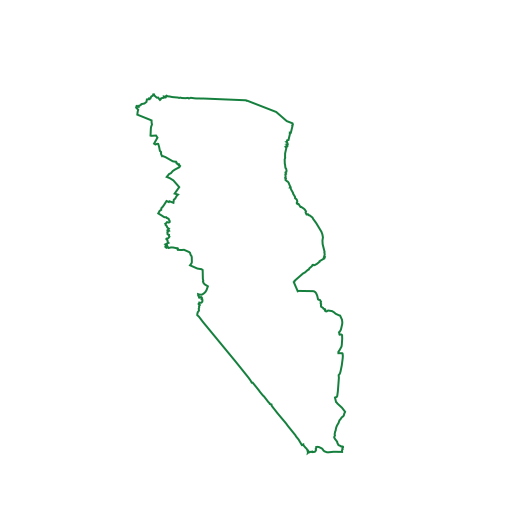 the district of Mueang Samut Songkhram, Samut Songkhram, Thailand, rotated 306°
{"feature_id": "78962969B53970702814040", "entity_name": "Mueang Samut Songkhram", "entity_type": "district", "adm_level": 2, "iso_a3": "THA", "parent_name": "Thailand", "parent_adm1": "Samut Songkhram", "projection": "mercator", "projection_center": [99.999, 13.396], "detail": "fine", "context": "isolated", "style": "outline", "palette": "green", "viewbox_px": 512, "rotation_deg": 306, "n_neighbors": 0, "source": "geoboundaries", "source_scale": "gbopen_adm2", "svg_char_len": 6114}
<svg xmlns="http://www.w3.org/2000/svg" viewBox="0 0 512 512"><g transform="rotate(306 256 256)"><path d="M148.1,440.8L149.5,439.7L150.6,439.7L151.2,438.9L152.3,438.9L152.8,438.5L152.8,438.1L151.9,436.7L152.0,436.1L151.5,433.9L152.7,431.5L153.4,430.9L154.4,427.5L155.0,426.2L155.4,425.7L157.3,425.3L158.0,424.4L160.3,423.3L161.6,423.0L164.1,421.8L166.3,421.2L169.5,420.9L172.2,420.1L173.6,420.3L175.8,420.2L177.3,420.7L178.5,420.8L180.5,420.0L182.3,419.7L183.8,414.7L184.5,408.5L184.9,407.4L184.9,406.6L187.9,403.1L189.4,404.1L190.5,404.0L194.6,401.8L206.1,394.7L208.2,392.9L210.1,393.0L212.4,392.2L218.1,389.6L224.3,386.2L226.2,385.0L228.0,383.3L228.0,382.8L225.8,379.8L226.8,379.0L229.2,378.9L233.0,378.4L234.6,377.6L239.7,374.4L242.4,372.3L242.7,371.8L242.6,371.1L241.5,369.9L241.9,369.2L242.9,368.5L243.1,368.0L244.7,368.2L246.5,367.9L251.5,365.8L253.1,364.8L255.0,363.0L257.2,359.1L256.7,357.6L256.1,354.4L256.3,352.0L256.1,349.9L254.3,346.4L252.7,345.7L252.3,345.1L252.3,343.9L253.2,343.7L253.5,343.1L253.0,341.7L253.4,340.7L253.3,338.4L254.8,337.1L255.4,337.0L255.9,335.9L257.2,335.5L258.0,333.4L257.4,332.3L257.4,331.7L259.9,328.8L261.2,326.6L261.6,325.2L261.5,323.6L260.8,322.4L252.8,311.0L252.0,310.5L257.1,301.9L258.0,302.2L258.5,301.8L269.5,304.3L271.5,305.3L275.3,306.1L275.8,306.6L276.5,306.6L277.3,306.4L280.6,307.2L281.9,307.0L282.4,307.3L282.5,308.2L283.1,308.8L285.4,309.9L288.7,310.8L289.0,310.5L289.7,310.7L293.1,312.2L293.9,312.0L294.2,312.7L295.7,312.3L295.5,311.5L297.6,310.7L299.2,309.1L299.6,309.1L304.7,303.0L307.5,300.7L310.4,299.2L312.5,297.0L314.1,294.6L318.0,285.4L319.6,280.4L320.3,279.1L320.4,275.4L319.9,274.5L320.3,273.4L319.3,272.5L320.3,270.6L321.5,270.2L321.5,269.9L322.1,268.7L322.4,267.3L322.3,263.7L321.8,263.2L323.1,259.8L322.6,259.4L322.8,258.7L322.5,258.2L323.0,257.7L324.5,257.3L325.3,256.2L325.7,255.4L325.7,253.7L326.8,252.8L328.2,249.4L328.7,249.1L330.4,245.4L331.1,244.3L331.8,243.8L331.5,243.3L332.0,243.3L334.5,239.2L334.8,238.2L334.7,236.8L334.9,235.1L336.4,234.6L336.5,234.2L336.3,233.8L336.6,233.5L337.3,233.5L337.8,233.2L339.1,231.9L340.1,232.1L340.6,230.9L341.1,230.7L341.9,231.1L342.9,230.6L344.3,229.1L344.6,228.0L347.3,225.5L347.4,225.2L351.0,222.4L352.6,221.9L352.9,221.5L356.2,219.2L361.3,217.0L361.7,215.6L362.1,215.7L363.1,216.9L363.3,216.9L363.7,216.6L363.6,216.3L363.7,216.0L364.7,216.0L364.6,215.4L365.0,215.7L365.4,215.6L366.2,214.5L366.2,213.6L366.5,213.8L367.9,213.2L368.9,214.1L374.5,211.8L375.1,211.2L375.4,211.4L375.6,211.2L375.7,211.7L376.0,211.8L382.4,209.2L382.8,208.6L383.2,208.5L383.5,208.7L384.1,208.5L384.8,207.5L383.2,201.6L384.4,187.7L377.3,160.7L376.5,157.7L376.0,157.1L376.1,156.4L353.3,122.1L347.9,114.4L345.6,110.2L344.0,109.1L343.9,108.0L342.3,106.3L340.2,103.1L339.6,101.6L338.7,100.9L338.3,99.7L335.4,94.9L334.1,92.0L333.3,90.8L333.1,89.3L332.8,89.2L331.8,89.7L331.1,89.7L330.8,89.3L331.2,88.4L330.9,87.7L330.3,88.3L329.6,88.2L329.3,88.0L328.9,87.3L327.5,86.5L326.7,86.8L325.8,86.6L326.2,85.0L326.7,83.8L325.8,82.7L326.0,80.3L326.3,79.2L326.8,78.5L326.4,77.9L325.1,78.3L323.4,77.5L321.3,78.0L320.9,77.7L320.7,76.8L320.2,76.8L319.9,77.3L318.5,75.7L316.3,76.8L313.8,76.1L311.5,74.0L310.1,74.0L308.8,73.0L307.7,73.5L307.4,72.5L307.5,71.4L307.2,71.2L305.6,71.8L305.1,74.7L303.1,75.5L300.6,76.9L304.3,91.8L302.5,93.2L301.3,94.5L298.9,95.2L297.5,95.9L291.4,99.9L291.7,100.7L294.7,104.3L293.8,106.7L287.0,107.5L287.1,109.1L288.7,110.1L289.2,111.0L287.5,113.3L284.8,116.2L284.4,116.9L284.5,117.7L283.7,118.6L282.8,119.1L281.5,121.4L282.1,122.0L282.8,124.7L283.7,133.0L284.6,134.9L285.3,135.8L285.1,136.4L284.5,136.8L284.6,138.0L284.2,138.4L285.0,139.8L284.8,140.1L284.0,140.3L284.3,141.0L284.2,141.7L282.7,141.8L278.5,139.7L275.8,138.7L273.0,138.5L271.2,137.5L267.5,137.3L268.3,140.5L268.6,144.7L266.6,153.4L258.7,153.5L259.8,156.8L257.8,156.5L254.9,156.9L253.3,156.4L250.5,157.9L249.4,153.8L248.4,153.8L247.9,151.3L242.9,151.6L240.7,151.6L239.5,151.3L238.3,151.7L237.6,152.2L235.9,151.5L233.0,151.9L233.4,156.9L233.4,158.3L233.8,159.6L234.6,160.6L234.3,161.5L234.6,162.2L234.7,163.5L234.1,164.1L233.9,165.1L233.4,165.8L232.7,166.2L231.8,165.8L231.1,164.1L230.2,164.1L228.8,163.7L228.7,164.3L228.0,164.6L227.6,166.6L227.0,167.2L226.8,168.3L226.9,169.5L225.7,169.4L225.4,170.5L224.6,169.6L224.2,170.6L223.4,170.2L223.0,170.4L221.6,171.7L221.6,172.1L222.0,173.2L221.2,173.7L220.8,174.6L219.3,174.6L218.3,174.3L217.5,173.4L217.1,173.4L216.9,173.6L216.8,174.7L216.3,175.6L215.5,176.2L215.2,177.5L212.2,175.9L212.2,176.7L212.6,177.4L212.3,177.9L211.3,177.8L210.7,177.0L210.3,177.1L210.0,177.5L210.0,178.8L211.4,179.7L211.1,180.6L213.0,182.2L214.3,184.2L215.4,186.7L216.2,188.0L216.2,188.3L215.2,188.7L215.0,189.1L217.1,192.3L218.7,194.1L219.9,199.7L219.8,200.7L218.5,202.4L218.0,203.9L217.2,204.8L213.2,207.8L212.1,208.1L209.7,208.1L211.2,215.1L211.5,216.2L213.3,219.7L213.3,221.1L206.2,226.5L204.9,228.0L204.3,228.0L203.9,228.5L203.4,229.2L202.9,231.1L203.2,234.9L199.3,236.0L197.4,236.2L195.4,235.9L193.5,235.2L192.6,234.6L191.4,232.6L191.1,231.6L190.0,232.5L189.7,233.6L188.9,234.4L189.2,235.0L190.5,235.6L190.6,236.2L190.2,237.2L189.1,237.3L189.0,238.5L188.7,238.7L187.5,239.4L186.3,239.3L185.7,238.9L185.0,237.5L184.3,237.8L183.5,237.7L183.3,237.9L183.3,239.4L181.8,239.5L181.0,240.3L179.6,240.7L178.6,241.8L177.7,242.0L176.3,241.9L174.4,242.7L173.6,243.3L173.4,245.4L171.4,252.0L158.5,301.9L153.2,321.3L152.1,324.7L151.0,327.0L151.6,327.7L149.0,337.3L148.3,339.4L147.2,343.7L147.1,345.0L145.1,351.8L144.9,353.4L144.4,354.1L145.0,355.8L144.2,356.5L143.8,357.5L141.4,365.9L138.2,378.8L137.3,381.5L134.1,393.4L133.6,394.3L132.6,398.2L130.0,404.2L130.6,404.6L130.6,405.1L131.1,404.8L131.4,405.0L130.8,405.6L130.0,408.7L129.9,410.0L129.3,411.3L129.3,412.3L128.8,413.4L128.5,413.4L128.1,412.9L127.6,413.5L127.2,413.7L128.0,413.9L128.3,414.4L129.8,415.4L130.2,416.3L130.8,416.4L130.7,417.2L132.1,418.6L132.8,418.8L134.4,418.6L135.0,417.7L136.0,417.6L136.8,417.0L137.6,417.7L138.4,419.1L139.0,422.4L138.9,423.3L138.3,424.9L138.2,426.2L138.9,428.7L139.5,429.7L143.2,433.8L148.1,440.8Z" fill="none" stroke="#15803d" stroke-width="2"/></g></svg>